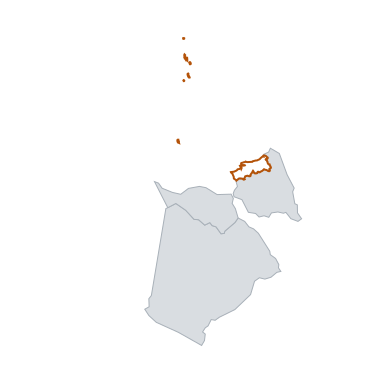 Portugal highlighted among its neighbors, rotated 63°
{"feature_id": "PRT", "entity_name": "Portugal", "entity_type": "country or territory", "adm_level": 0, "iso_a3": "PRT", "parent_name": "Europe", "parent_adm1": "", "projection": "robinson", "projection_center": [-13.235, 37.393], "detail": "fine", "context": "with_neighbors", "style": "outline", "palette": "amber", "viewbox_px": 384, "rotation_deg": 63, "n_neighbors": 3, "source": "natural_earth", "source_scale": "50m", "svg_char_len": 4790}
<svg xmlns="http://www.w3.org/2000/svg" viewBox="0 0 384 384"><g transform="rotate(63 192 192)"><path d="M194.9,222.8L194.9,211.6L205.4,205.9L217.3,202.6L219.7,198.7L227.3,195.7L227.4,190.0L231.1,189.3L234.0,186.4L242.4,185.1L243.5,182.1L241.8,180.5L238.7,167.6L236.1,162.7L242.1,158.4L248.9,157.1L252.8,153.9L258.9,151.6L280.1,149.6L283.4,150.7L289.2,147.7L296.1,147.6L298.8,149.4L303.1,148.9L302.1,152.9L303.8,160.3L302.7,166.6L299.0,170.9L299.9,176.8L310.0,186.4L316.2,207.1L316.0,224.7L316.8,229.6L314.4,232.8L318.6,238.5L319.0,241.8L321.5,246.1L324.6,244.7L330.0,248.3L333.1,253.1L310.8,267.9L291.9,283.0L282.5,286.5L275.0,287.3L274.8,282.3L267.5,278.9L265.8,275.2L194.9,222.8Z" fill="#d9dde1" stroke="#a8b0b8" stroke-width="1"/><path d="M201.7,147.8L201.2,145.2L204.3,140.2L202.0,137.9L203.7,132.9L201.0,128.3L203.7,127.6L203.9,124.0L204.9,122.9L204.8,116.9L207.6,114.8L205.8,111.0L197.4,111.7L195.8,108.0L191.0,111.0L191.2,105.6L188.6,102.3L197.3,96.7L219.8,99.4L234.9,99.2L237.5,102.2L249.1,105.7L251.3,104.0L258.5,107.5L265.6,106.5L266.3,110.9L260.7,116.0L252.8,117.6L252.4,120.2L248.8,124.5L246.7,130.7L249.4,135.1L245.9,138.6L244.7,143.6L240.0,145.1L235.7,151.0L221.5,151.0L215.3,156.7L212.1,156.0L209.7,153.4L207.7,149.0L201.7,147.8Z" fill="#d9dde1" stroke="#a8b0b8" stroke-width="1"/><path d="M168.9,217.8L175.1,216.9L183.5,209.6L188.9,203.1L187.2,193.5L190.4,182.8L194.5,177.6L205.7,170.8L211.7,158.1L216.5,158.1L220.4,161.4L226.5,160.9L236.1,162.7L238.7,167.6L241.8,180.5L243.5,182.1L242.4,185.1L234.0,186.4L231.1,189.3L227.4,190.0L227.3,195.7L219.7,198.7L217.3,202.6L205.4,205.9L194.9,211.6L195.0,220.7L165.7,220.7L168.9,217.8Z" fill="#d9dde1" stroke="#a8b0b8" stroke-width="1"/><path d="M192.6,110.6L193.2,110.0L193.8,109.7L194.1,109.6L195.4,109.2L195.8,109.1L196.1,109.1L196.2,109.3L196.4,109.6L196.6,109.8L196.6,110.0L196.1,110.7L196.1,110.9L196.4,111.4L196.4,111.5L196.5,111.6L196.9,111.5L197.5,111.2L198.0,111.0L199.4,111.0L199.7,111.1L199.9,111.2L200.5,111.4L201.2,111.4L202.0,111.2L202.4,110.9L202.5,110.7L202.6,110.3L202.8,110.3L203.1,110.4L203.5,110.5L204.5,110.5L204.7,110.4L205.1,110.4L205.5,110.6L206.1,110.6L206.3,110.8L206.5,111.1L206.5,111.7L206.5,112.4L206.6,112.6L207.0,112.7L207.6,112.7L208.1,112.8L208.5,113.2L208.6,113.5L208.5,113.8L208.2,114.3L207.5,114.9L206.5,115.4L205.8,116.1L205.3,116.9L204.6,117.3L204.4,117.5L204.8,118.7L205.0,119.5L205.1,120.4L205.1,120.7L205.0,121.7L205.0,122.0L205.0,122.3L205.2,122.5L205.2,122.8L204.9,123.1L204.4,123.5L204.0,123.8L203.9,124.1L203.9,124.3L204.6,125.0L204.8,125.2L204.7,125.9L204.3,127.0L203.9,127.6L203.4,127.9L201.3,127.9L200.8,128.0L201.4,129.0L201.9,129.4L202.1,129.5L202.3,130.5L203.2,132.1L204.0,132.3L204.3,132.7L204.3,133.2L204.0,133.8L203.5,134.5L202.9,134.9L202.6,135.3L202.5,135.8L202.4,136.5L202.3,137.0L202.2,137.3L203.8,139.4L204.6,139.3L204.6,139.9L204.3,140.5L204.0,140.6L203.3,140.8L202.6,141.5L202.1,142.5L201.7,142.9L201.3,144.0L201.4,144.5L201.6,145.2L202.0,147.2L201.5,147.2L199.3,148.5L198.7,148.5L197.4,147.9L195.2,147.8L194.4,147.6L193.5,148.0L192.8,148.0L192.3,148.4L191.9,148.3L192.3,147.3L193.0,145.2L193.0,144.0L193.1,142.9L192.9,141.8L192.5,141.1L193.0,139.4L192.9,138.5L192.5,137.4L193.8,137.6L193.4,137.1L193.0,136.8L192.6,136.9L192.2,136.9L191.1,137.3L190.5,137.4L190.4,137.4L190.4,136.7L190.1,135.8L190.6,135.5L191.1,135.5L191.5,135.1L191.8,134.6L191.7,133.9L192.0,133.1L193.0,132.5L192.5,132.6L191.9,133.0L191.1,134.4L190.8,135.1L190.1,135.3L189.4,135.4L189.1,135.4L188.7,135.2L188.6,134.7L188.7,134.2L188.9,133.4L189.0,132.3L189.4,131.2L189.4,130.9L189.2,130.5L189.6,130.1L190.0,129.8L190.6,128.9L191.5,126.8L192.5,124.5L192.4,124.2L192.2,124.0L192.3,123.4L192.9,120.8L193.1,120.4L193.4,119.7L193.4,118.4L193.5,117.5L193.5,117.1L193.4,116.6L193.0,115.6L192.5,113.5L192.5,112.8L192.8,112.4L192.2,112.4L192.0,111.9L192.0,111.4L192.6,110.6ZM85.9,142.1L86.3,142.1L88.4,142.0L88.9,142.1L88.8,142.6L88.4,142.9L87.2,143.0L85.4,142.7L84.7,142.2L84.7,141.8L84.7,141.6L85.1,141.5L85.9,142.1ZM139.2,180.4L140.1,180.8L140.9,180.6L141.9,181.2L142.4,181.3L141.9,181.7L141.5,182.1L140.3,182.0L139.3,181.6L138.9,181.2L138.9,180.9L139.2,180.4ZM70.3,137.3L70.8,137.6L70.0,137.7L69.7,137.9L69.1,137.6L68.3,137.7L67.9,137.3L67.8,136.8L68.0,136.6L68.7,136.6L70.3,137.3ZM77.2,135.9L75.7,135.7L75.4,135.4L75.3,134.9L75.5,134.7L76.1,134.6L76.9,134.7L77.4,135.1L77.4,135.6L77.2,135.9ZM72.7,136.5L72.4,136.6L70.7,136.0L70.1,135.8L69.4,135.1L71.5,135.9L72.7,136.5ZM51.8,130.0L51.5,130.3L51.1,130.2L50.9,130.1L51.1,129.3L51.5,129.1L51.9,129.4L51.8,130.0ZM67.2,136.8L66.5,136.8L66.0,136.2L66.9,135.9L67.2,136.1L67.3,136.3L67.4,136.6L67.2,136.8ZM89.6,148.8L89.5,149.0L89.2,148.9L88.7,149.0L88.5,148.6L88.7,148.4L89.2,148.3L89.5,148.5L89.6,148.8Z" fill="none" stroke="#b45309" stroke-width="2"/></g></svg>